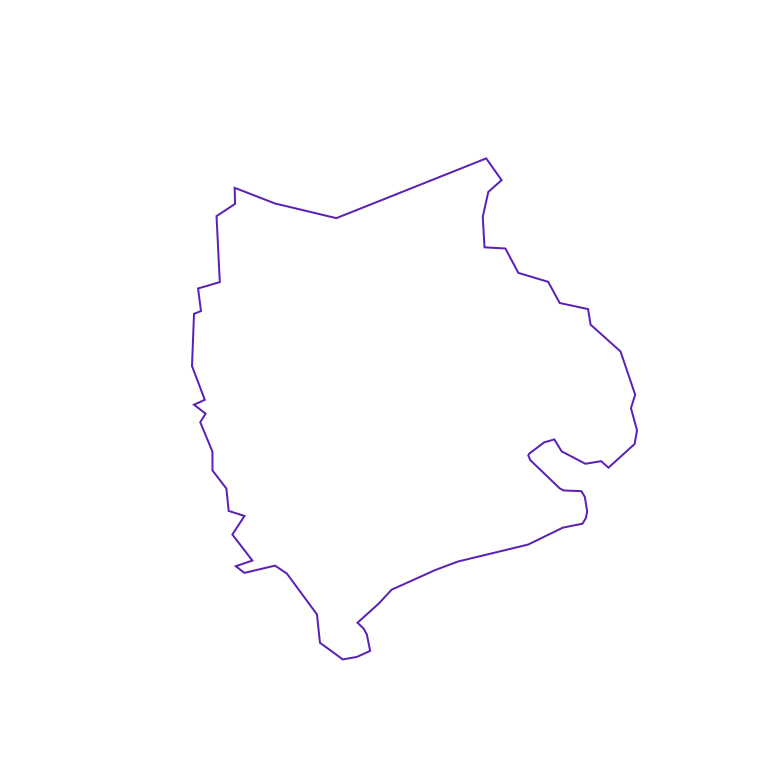 outline of McIntosh, Georgia, United States of America, rotated 41°
{"feature_id": "52423323B58673559392327", "entity_name": "McIntosh", "entity_type": "district", "adm_level": 2, "iso_a3": "USA", "parent_name": "United States of America", "parent_adm1": "Georgia", "projection": "orthographic", "projection_center": [-81.368, 31.496], "detail": "fine", "context": "isolated", "style": "outline", "palette": "violet", "viewbox_px": 768, "rotation_deg": 41, "n_neighbors": 0, "source": "geoboundaries", "source_scale": "gbopen_adm2", "svg_char_len": 1029}
<svg xmlns="http://www.w3.org/2000/svg" viewBox="0 0 768 768"><g transform="rotate(41 384 384)"><path d="M142.6,333.9L153.4,345.8L147.5,367.2L193.2,414.8L181.0,433.9L198.0,449.0L194.6,455.7L227.3,496.4L259.1,513.5L254.2,524.3L268.8,523.4L270.4,533.4L298.9,547.6L311.3,561.8L333.6,566.3L350.1,581.7L365.3,575.1L368.3,597.1L400.5,603.6L391.7,618.7L402.5,618.2L420.9,592.6L435.1,590.8L484.6,601.9L505.4,621.3L533.6,618.9L542.5,607.9L548.6,594.5L535.4,584.3L529.0,581.9L520.6,581.6L524.1,552.9L524.7,534.2L544.7,490.8L556.3,469.4L598.1,410.6L613.2,375.1L625.4,359.3L624.4,353.1L621.1,347.0L609.7,337.5L603.3,335.4L589.4,346.5L585.0,347.5L544.4,345.5L539.8,343.3L539.3,341.4L543.1,323.1L548.9,314.1L562.3,318.3L588.3,312.1L598.5,299.8L608.3,299.9L612.5,264.9L605.4,253.0L586.2,240.2L580.6,227.3L541.2,204.3L501.0,203.7L488.9,193.6L463.5,207.6L440.9,199.2L412.5,212.0L386.7,202.1L370.2,214.9L348.9,193.1L336.7,170.6L339.0,153.0L313.1,146.7L239.2,290.1L183.3,319.3L142.6,333.9Z" fill="none" stroke="#5b21b6" stroke-width="2"/></g></svg>